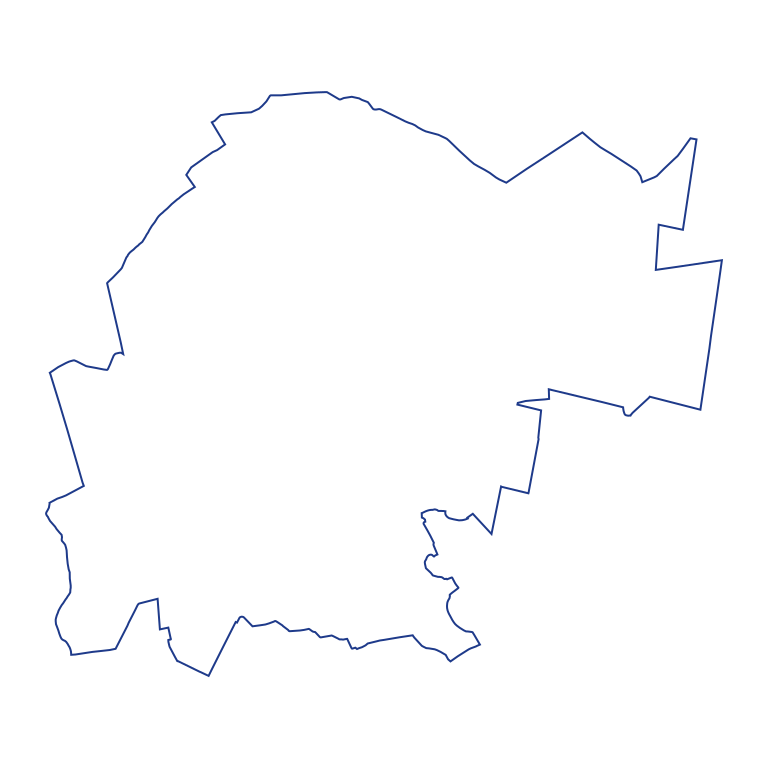 the district of Terebesti, Satu Mare, Romania
{"feature_id": "2599482B23663096726600", "entity_name": "Terebesti", "entity_type": "district", "adm_level": 2, "iso_a3": "ROU", "parent_name": "Romania", "parent_adm1": "Satu Mare", "projection": "mercator", "projection_center": [22.739, 47.671], "detail": "fine", "context": "isolated", "style": "outline", "palette": "blue", "viewbox_px": 768, "rotation_deg": 0, "n_neighbors": 0, "source": "geoboundaries", "source_scale": "gbopen_adm2", "svg_char_len": 5984}
<svg xmlns="http://www.w3.org/2000/svg" viewBox="0 0 768 768"><path d="M211.8,122.3L225.1,144.4L217.1,150.1L212.7,152.1L191.2,167.4L186.3,174.9L194.8,187.0L191.8,188.9L183.7,194.3L180.3,197.0L178.8,198.4L177.4,199.3L171.7,204.1L167.3,208.5L164.0,211.3L162.9,212.4L160.5,214.4L158.6,216.3L157.4,217.9L154.8,222.1L151.8,226.0L149.3,230.1L148.1,232.5L146.7,234.5L145.3,237.1L142.3,241.9L139.0,244.5L138.4,245.3L136.8,246.5L135.4,247.7L133.6,249.5L131.3,251.3L129.8,252.6L128.1,254.7L127.4,256.2L126.4,257.4L121.9,267.9L120.7,269.4L113.0,277.4L107.8,282.3L107.1,283.2L120.7,342.2L123.2,354.1L121.2,352.8L120.0,352.7L118.9,352.9L117.1,353.3L115.6,353.7L114.9,354.2L113.7,355.6L111.7,360.3L110.1,364.3L108.0,368.9L107.7,369.4L107.0,369.9L103.8,369.5L96.7,368.1L88.5,366.6L86.1,366.1L76.6,361.3L74.4,360.4L73.4,360.4L70.7,361.1L68.9,361.7L66.0,363.0L58.2,367.1L49.8,372.8L50.3,373.9L59.6,404.1L67.3,429.8L74.6,455.0L82.6,482.7L83.8,485.9L66.0,495.4L62.1,497.0L57.4,498.6L49.5,502.8L49.6,503.7L48.9,507.7L47.8,509.9L46.5,512.1L46.1,513.2L46.1,513.6L46.3,514.6L47.2,516.1L47.8,516.7L48.5,518.2L50.0,520.9L51.4,522.5L55.1,526.7L56.6,529.1L59.7,532.8L61.6,534.8L62.0,537.2L61.8,538.6L61.7,540.0L61.9,540.8L64.3,543.6L65.2,544.9L66.0,547.6L66.6,550.3L66.8,553.4L67.0,557.0L67.7,563.8L68.7,569.4L69.7,572.3L69.8,578.6L70.7,585.5L70.7,587.9L70.4,589.4L70.4,590.0L70.2,592.5L68.9,594.7L67.7,596.3L66.3,598.6L65.8,599.1L63.1,603.3L61.7,605.1L60.1,607.8L58.6,610.6L57.7,613.2L56.8,615.3L56.0,618.1L55.7,619.5L55.7,621.2L56.0,624.2L57.2,627.3L58.4,630.6L59.3,633.6L60.5,636.8L61.4,638.6L62.4,639.6L63.7,640.3L65.0,640.9L66.2,641.9L67.7,644.0L68.5,645.5L69.6,647.3L70.2,648.8L70.7,650.4L71.0,651.7L71.2,654.8L75.5,654.5L87.9,652.6L92.5,651.9L99.1,651.2L109.8,650.0L115.6,648.8L127.4,625.8L128.7,622.7L132.7,614.9L135.2,610.0L137.5,605.3L138.5,603.9L139.3,603.5L157.6,598.8L159.9,629.4L168.3,627.6L170.5,637.7L170.9,639.1L170.6,639.5L170.2,639.6L169.4,639.7L168.3,640.0L168.4,641.8L169.2,645.3L169.6,646.8L174.8,656.6L177.3,661.1L177.7,661.2L177.9,661.1L199.8,671.8L200.6,672.1L208.6,675.9L212.2,668.6L223.4,646.3L235.7,622.0L237.0,622.6L239.5,617.8L240.1,617.2L240.8,616.9L241.5,616.7L242.7,616.8L243.5,617.1L244.1,617.6L252.5,626.3L259.4,625.4L265.4,624.5L269.0,623.4L273.6,621.7L275.1,621.0L275.9,621.2L277.1,621.9L282.4,625.4L282.9,626.0L288.3,630.1L288.7,630.8L289.7,631.2L299.9,630.5L304.1,629.9L308.8,628.9L309.3,629.1L312.2,631.2L313.1,631.7L315.2,632.1L319.9,637.1L320.4,637.3L320.8,637.4L331.7,635.5L333.3,636.2L338.1,638.6L339.1,639.2L339.7,639.4L341.5,639.4L343.1,639.6L346.7,638.9L347.2,638.9L351.4,647.9L352.0,648.6L352.5,648.6L354.9,647.8L355.4,647.7L355.8,648.0L356.3,648.5L357.0,649.0L359.2,648.1L362.0,647.2L364.3,646.0L365.6,645.3L367.7,643.5L377.1,641.2L379.8,640.5L384.0,639.9L399.4,637.3L412.7,635.3L413.2,636.1L414.4,637.7L421.8,645.8L423.2,646.6L426.2,648.1L429.2,648.4L434.7,649.3L436.9,650.1L440.6,651.9L445.7,654.9L448.1,659.3L450.5,661.4L454.9,658.3L457.9,656.2L467.2,650.3L468.8,649.3L470.9,648.3L476.1,646.4L476.3,646.2L479.9,644.6L474.4,635.2L472.6,632.3L471.9,632.0L468.0,631.5L466.0,631.4L463.9,630.4L459.9,627.9L456.8,625.6L455.1,624.0L453.8,622.3L452.3,620.0L450.0,615.7L449.1,614.1L448.3,612.4L447.6,610.5L447.1,608.1L447.0,606.0L447.2,603.5L447.4,602.4L447.7,601.5L448.6,599.6L449.1,598.9L449.5,598.2L449.9,596.0L449.7,595.1L449.8,594.7L451.9,592.9L458.0,588.3L458.4,587.8L458.3,587.5L456.6,585.4L455.2,583.4L452.3,577.9L452.1,577.6L451.9,577.5L451.6,577.5L447.1,579.3L446.7,579.0L446.3,578.8L446.0,578.8L445.3,579.0L444.4,579.0L443.6,578.5L442.6,577.7L441.7,577.2L441.1,577.1L439.6,576.9L438.1,576.9L433.0,575.5L432.5,575.1L432.4,574.8L430.8,572.8L426.1,568.4L425.9,568.1L425.0,564.0L424.8,562.4L424.9,561.7L425.1,561.1L425.9,559.8L426.3,559.1L426.4,558.6L427.0,557.2L427.4,556.6L428.2,555.7L428.8,555.2L429.8,554.8L430.4,554.7L431.3,554.7L432.0,554.9L432.6,555.4L433.4,556.1L434.0,556.5L435.3,555.4L437.4,554.5L436.9,553.2L433.7,545.6L433.5,544.7L433.5,544.0L433.7,543.3L433.8,542.7L430.2,535.5L427.4,530.4L423.6,523.8L423.6,523.0L423.9,522.4L424.4,522.0L425.3,521.7L425.0,519.6L423.4,518.2L421.9,517.6L421.7,513.1L422.4,512.9L425.7,511.3L427.6,510.6L429.4,510.1L430.9,509.9L432.3,509.9L434.6,509.4L435.0,509.4L436.6,509.8L437.3,510.1L438.2,510.8L438.5,510.9L443.4,511.0L445.4,511.3L445.3,511.8L445.3,512.8L445.4,514.1L445.7,514.8L446.5,516.1L447.4,517.0L448.5,517.8L449.2,518.2L453.5,519.3L456.5,519.9L458.7,520.3L460.1,520.3L462.1,520.2L464.1,519.8L465.6,519.4L467.8,518.5L467.3,517.7L472.8,513.8L491.5,534.0L501.1,486.5L501.9,486.9L528.4,493.3L528.5,493.0L538.6,439.1L538.3,437.7L541.1,410.4L517.4,404.6L517.8,402.9L525.7,401.0L536.8,400.0L544.8,399.4L549.1,398.9L548.8,389.3L602.3,402.1L623.1,407.3L623.2,408.5L623.6,411.0L624.1,412.6L624.5,413.8L625.1,414.7L625.9,415.2L627.5,415.6L628.8,415.7L629.6,415.5L630.5,415.6L631.0,414.7L632.6,412.8L649.0,397.7L649.7,396.7L700.4,409.7L709.4,348.6L711.0,336.0L716.7,296.9L719.9,274.5L721.9,260.2L678.1,266.7L655.8,269.9L658.7,224.7L682.9,229.8L696.5,139.4L690.5,138.3L682.9,148.9L677.7,155.9L674.4,158.9L663.9,168.9L656.8,176.0L654.1,177.4L642.3,182.2L640.5,176.2L638.8,173.5L636.6,170.5L630.9,166.5L611.4,153.9L605.2,150.2L600.3,147.2L594.6,142.7L589.7,138.7L582.4,132.4L549.1,154.3L526.7,168.9L506.3,182.7L499.4,179.5L496.0,177.5L489.8,172.9L484.6,169.8L478.1,166.3L474.0,163.9L469.8,160.4L459.4,150.8L449.3,141.0L446.9,138.9L445.4,138.1L438.4,134.8L425.8,131.4L422.7,130.0L418.1,127.5L415.2,125.4L412.3,124.0L408.7,122.8L405.3,121.4L397.5,117.5L381.3,109.6L379.8,109.1L378.8,109.1L376.3,109.5L374.7,109.5L373.4,109.2L372.6,108.4L369.2,103.8L367.8,102.1L361.9,99.9L359.2,98.4L351.8,96.8L344.0,98.0L342.9,98.4L341.1,99.2L340.0,99.5L339.1,99.3L327.1,92.2L326.2,92.1L316.9,92.4L304.7,93.1L281.5,95.3L273.0,95.3L271.5,95.3L270.6,95.4L269.9,95.9L266.4,101.4L262.2,105.9L259.0,108.7L251.2,112.3L237.7,113.2L225.4,114.4L220.8,115.1L218.7,116.9L214.6,120.9L211.8,122.3Z" fill="none" stroke="#1e3a8a" stroke-width="2"/></svg>